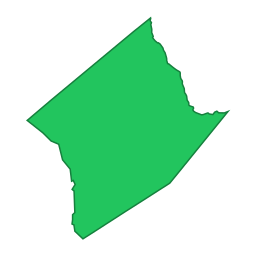 outline of Anderson, South Carolina, United States of America, rotated 178°
{"feature_id": "52423323B54252786462612", "entity_name": "Anderson", "entity_type": "district", "adm_level": 2, "iso_a3": "USA", "parent_name": "United States of America", "parent_adm1": "South Carolina", "projection": "albers", "projection_center": [-82.736, 34.515], "detail": "fine", "context": "isolated", "style": "filled", "palette": "green", "viewbox_px": 256, "rotation_deg": 178, "n_neighbors": 0, "source": "geoboundaries", "source_scale": "gbopen_adm2", "svg_char_len": 1307}
<svg xmlns="http://www.w3.org/2000/svg" viewBox="0 0 256 256"><g transform="rotate(178 128 128)"><path d="M176.9,18.8L164.7,26.0L133.2,44.8L121.3,51.8L88.2,71.4L74.8,86.7L72.6,89.3L71.2,90.8L68.2,94.3L27.5,141.0L31.2,139.7L36.8,140.0L38.6,141.7L40.8,140.8L42.7,138.5L46.4,139.2L47.2,140.1L48.0,140.2L52.3,138.8L54.0,138.6L59.9,141.1L61.7,142.4L62.6,143.8L62.2,144.7L61.9,145.0L61.8,145.8L62.1,146.7L65.1,147.8L66.0,148.4L66.4,148.9L66.4,151.0L66.6,151.6L67.9,153.7L68.3,157.9L69.2,159.9L70.0,160.9L70.3,162.1L70.4,165.2L70.6,165.9L72.0,169.6L72.2,170.5L72.0,172.2L72.1,173.1L73.6,175.8L74.0,178.9L73.9,180.6L74.0,181.7L74.4,182.4L77.5,184.3L79.8,186.1L81.5,187.5L85.0,190.6L85.8,190.8L86.2,191.2L87.0,194.3L86.9,195.6L87.1,197.0L88.3,201.8L89.8,204.5L90.3,206.7L92.2,209.6L93.0,210.8L94.7,212.1L95.4,212.0L95.7,212.2L97.8,214.1L99.3,216.0L100.3,217.6L99.7,218.4L99.6,218.7L101.0,222.6L100.8,225.3L100.8,226.0L101.6,230.6L101.2,231.6L100.9,232.5L102.1,234.4L102.1,234.9L101.5,236.5L101.6,237.2L119.0,224.2L205.5,157.3L206.8,156.2L210.0,153.7L228.5,139.1L213.3,126.2L205.3,117.7L197.8,114.2L194.5,98.5L187.2,88.9L186.2,76.8L184.5,77.5L182.8,73.4L186.0,68.6L184.1,66.9L184.1,45.3L186.4,43.3L186.6,38.2L187.3,34.0L185.4,33.0L184.7,26.7L176.9,18.8Z" fill="#22c55e" stroke="#15803d" stroke-width="1.5"/></g></svg>